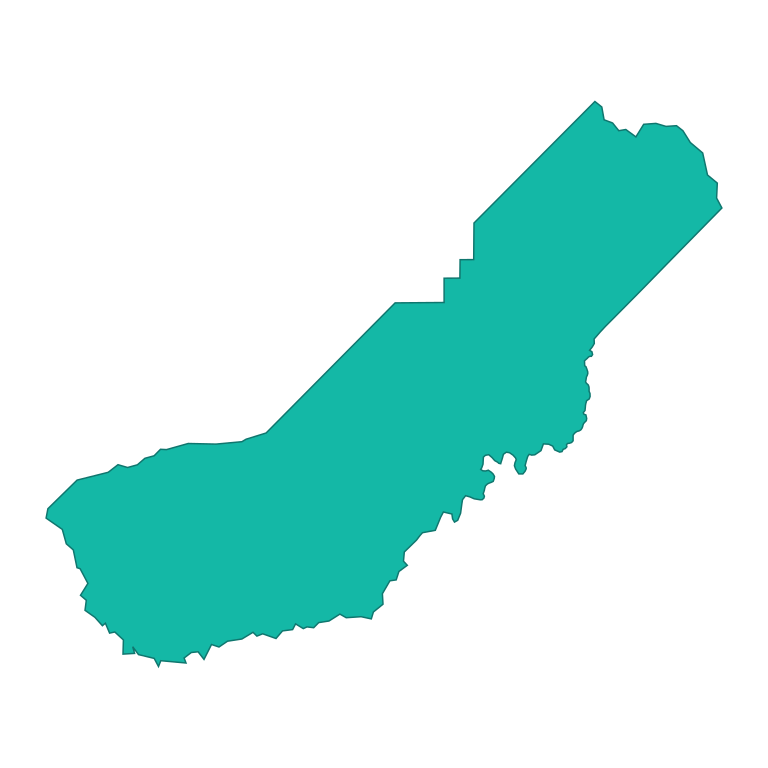 outline of Madera, California, United States of America
{"feature_id": "52423323B41205581888996", "entity_name": "Madera", "entity_type": "district", "adm_level": 2, "iso_a3": "USA", "parent_name": "United States of America", "parent_adm1": "California", "projection": "albers", "projection_center": [-119.643, 37.271], "detail": "fine", "context": "isolated", "style": "filled", "palette": "teal", "viewbox_px": 768, "rotation_deg": 0, "n_neighbors": 0, "source": "geoboundaries", "source_scale": "gbopen_adm2", "svg_char_len": 3011}
<svg xmlns="http://www.w3.org/2000/svg" viewBox="0 0 768 768"><path d="M594.9,101.5L474.0,223.0L473.7,259.6L460.1,259.7L459.9,278.1L444.1,278.2L444.1,302.5L395.1,302.9L266.1,433.0L246.1,439.2L241.9,441.7L216.0,444.1L188.2,443.5L166.5,449.6L160.5,449.3L154.1,455.8L144.9,458.3L137.4,464.8L127.6,467.5L118.0,464.7L108.2,472.3L77.1,480.1L47.9,508.7L46.1,518.1L62.3,529.4L66.3,543.8L73.3,549.9L77.0,567.7L80.1,568.7L87.9,583.4L80.5,595.3L86.3,600.3L85.0,610.3L94.9,617.3L102.4,625.7L105.4,623.2L109.6,633.1L114.8,632.0L123.4,639.9L123.0,654.1L134.6,653.4L132.7,646.7L138.5,654.6L154.2,658.4L158.5,666.5L160.8,660.7L186.0,663.0L184.1,658.0L191.3,652.5L198.1,651.8L204.0,659.4L211.5,644.5L219.0,647.0L227.5,641.2L241.9,639.0L253.0,632.3L256.9,636.1L262.7,633.8L276.0,638.5L282.5,630.9L292.6,629.6L295.6,623.9L303.3,628.6L307.0,626.9L313.7,627.7L318.7,622.6L329.0,621.0L339.9,614.1L346.2,617.7L361.1,616.7L371.3,618.9L373.4,612.0L383.0,604.2L382.4,593.7L389.9,580.8L396.2,579.9L398.9,571.5L407.3,565.3L403.5,561.2L404.3,552.0L416.5,540.1L420.0,535.5L422.5,532.7L435.3,530.3L440.7,517.1L443.4,512.0L451.9,514.0L452.6,518.9L454.5,522.1L457.7,520.3L460.6,513.2L461.8,504.2L462.5,499.7L465.6,495.7L469.9,496.9L474.2,498.8L480.3,499.8L482.2,499.7L483.9,498.1L484.4,496.2L483.2,493.7L484.3,490.5L484.8,488.0L485.5,485.8L487.5,483.9L489.4,483.0L491.1,482.4L493.2,481.4L494.2,478.6L494.5,476.5L493.2,474.1L491.4,472.3L488.3,470.2L485.6,471.0L482.8,470.8L480.7,469.4L481.7,467.9L483.0,464.2L483.2,460.5L483.4,457.1L485.4,455.3L488.7,454.7L492.1,457.6L494.7,460.6L497.6,462.2L498.8,463.3L500.7,463.7L501.0,462.5L502.3,458.5L503.4,454.3L506.3,452.2L509.5,452.7L513.0,455.1L515.5,457.9L516.2,459.7L515.0,462.7L514.4,465.7L515.6,469.0L518.8,473.9L522.9,473.9L525.1,471.2L526.2,468.8L526.1,467.5L525.1,465.6L526.2,461.4L527.7,456.5L529.1,454.4L530.6,454.7L531.6,455.1L534.8,454.8L541.0,450.6L543.4,443.9L548.7,444.2L552.7,446.1L554.7,449.9L559.7,452.1L562.0,451.6L563.2,449.3L565.2,448.6L566.9,446.8L566.5,444.8L567.5,443.5L569.6,443.2L571.6,442.5L573.1,440.8L573.1,438.1L573.1,435.2L574.4,433.4L575.7,432.3L577.1,431.4L579.1,430.9L580.8,429.9L581.9,428.4L582.6,426.8L582.9,425.4L583.5,423.7L584.8,422.2L586.3,420.7L586.7,418.5L585.9,414.9L584.0,414.3L583.3,412.8L583.6,412.2L585.0,410.5L585.3,407.7L585.5,405.2L585.8,403.6L586.6,400.7L589.2,399.0L590.1,396.5L590.0,393.5L589.1,391.3L589.1,388.9L589.0,387.0L588.3,385.0L586.3,383.1L585.6,381.9L586.1,379.2L586.4,377.1L587.3,375.2L587.8,373.5L587.7,371.7L586.8,368.9L585.9,366.6L584.7,365.8L584.5,360.8L587.3,358.3L588.6,356.9L590.0,356.3L591.4,356.3L592.6,354.6L591.9,351.7L589.6,350.3L592.3,346.9L594.3,343.5L594.1,339.0L600.1,332.1L605.4,326.4L621.4,310.3L640.7,290.8L667.4,263.5L681.5,249.1L710.2,219.9L721.9,208.0L716.6,198.1L717.3,183.1L707.5,175.0L702.7,153.0L690.3,142.5L682.9,130.7L676.5,125.7L666.0,126.4L655.9,123.4L643.7,124.3L635.9,136.9L625.8,129.5L618.8,130.7L612.6,123.0L604.1,119.8L601.8,107.0L594.9,101.5Z" fill="#14b8a6" stroke="#0f766e" stroke-width="1.5"/></svg>